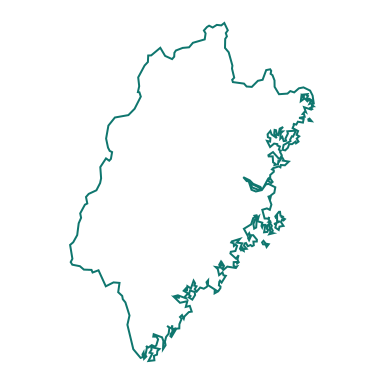 the Province of Fujian
{"feature_id": "CHN-1178", "entity_name": "Fujian", "entity_type": "Province", "adm_level": 1, "iso_a3": "CHN", "parent_name": "China", "parent_adm1": "", "projection": "equal_earth", "projection_center": [118.681, 25.949], "detail": "fine", "context": "isolated", "style": "outline", "palette": "teal", "viewbox_px": 384, "rotation_deg": 0, "n_neighbors": 0, "source": "natural_earth", "source_scale": "10m", "svg_char_len": 6045}
<svg xmlns="http://www.w3.org/2000/svg" viewBox="0 0 384 384"><path d="M312.6,95.6L313.9,104.3L311.1,99.9L309.5,98.9L306.6,98.9L308.0,96.0L306.9,95.5L307.6,94.1L303.0,94.6L304.0,96.0L303.1,97.6L301.5,95.5L300.8,101.2L304.7,98.4L307.4,101.3L309.5,99.4L310.5,101.7L309.5,103.8L310.7,103.3L313.5,106.2L311.0,106.2L312.8,106.7L310.6,107.7L312.1,109.1L311.2,109.6L304.1,107.2L305.9,112.1L304.9,111.4L302.7,114.0L304.0,114.2L304.7,116.8L299.1,117.9L303.7,119.0L302.9,122.6L297.9,121.7L296.3,124.6L293.0,123.7L294.2,124.4L292.6,128.1L298.1,131.0L296.6,134.8L299.2,136.3L296.7,138.6L298.5,141.6L296.1,143.3L295.6,141.6L292.1,144.1L289.2,144.1L287.9,147.7L285.2,150.4L282.6,149.8L283.6,145.0L290.5,141.1L290.1,139.7L291.9,136.3L293.0,136.6L295.4,131.8L294.9,130.7L287.3,131.3L287.9,133.6L285.4,138.7L286.1,140.7L284.9,141.0L283.7,141.1L282.3,136.8L280.3,138.7L280.8,133.1L282.8,131.4L280.3,131.4L280.5,129.6L283.1,127.0L279.7,128.7L278.4,135.2L277.0,134.8L276.0,130.2L274.6,129.9L274.2,133.4L276.7,138.0L271.5,134.3L270.4,131.0L267.6,134.3L267.9,137.2L270.4,138.2L270.1,141.6L267.0,140.9L270.1,147.0L274.1,143.6L277.3,144.1L277.4,145.5L279.9,146.5L278.9,149.6L280.7,150.9L280.0,151.9L281.8,155.3L280.3,158.2L278.8,158.6L273.0,152.1L268.4,155.2L268.7,156.4L272.7,156.4L273.1,162.3L274.9,163.5L274.5,165.0L278.0,164.2L278.4,161.1L279.2,161.6L282.1,157.2L283.5,159.6L282.9,160.6L288.8,161.6L284.9,165.3L280.9,165.0L280.4,167.3L278.9,166.4L273.1,168.2L272.0,169.4L273.8,170.3L273.8,171.8L270.2,175.0L270.2,177.2L268.2,178.6L262.7,188.8L261.5,188.8L260.4,186.9L253.1,183.8L249.8,180.4L243.3,177.2L246.7,181.1L248.7,181.3L251.5,189.8L255.9,191.5L261.8,190.1L265.9,184.4L268.5,183.9L275.3,187.3L274.3,192.8L271.1,195.2L270.3,198.6L269.4,196.3L268.5,196.6L271.4,204.6L269.8,209.8L266.9,208.4L262.3,209.8L264.6,218.5L268.1,218.6L269.2,217.1L268.7,219.7L270.0,221.0L268.6,222.0L270.3,222.5L268.9,224.0L270.5,223.7L271.8,225.9L271.1,227.5L272.8,230.8L271.5,232.7L273.3,233.2L269.3,234.2L270.4,232.3L269.1,225.4L267.1,225.9L267.0,228.9L268.1,229.9L267.4,231.9L264.1,232.3L265.4,224.9L263.2,224.9L262.2,227.5L261.5,226.0L262.3,222.7L257.4,221.2L258.7,216.6L257.6,217.6L256.6,215.3L254.6,215.7L255.5,216.9L253.2,218.1L251.1,224.4L243.9,228.8L247.6,235.6L249.2,233.2L250.3,236.2L248.1,238.1L249.1,240.2L251.4,235.2L253.2,235.2L256.9,239.7L256.8,241.5L253.4,241.6L253.8,245.3L252.0,246.2L250.6,245.0L247.8,246.2L246.0,243.0L244.6,243.5L244.0,245.7L246.6,248.8L243.4,249.1L243.7,250.9L241.9,249.9L242.6,247.9L241.9,247.2L240.8,249.9L240.0,248.8L242.1,243.3L236.8,242.6L239.9,238.9L231.8,241.4L231.2,242.5L233.7,243.3L233.9,246.0L235.7,244.7L237.1,245.8L235.4,251.0L230.8,251.8L230.4,253.5L236.0,258.6L238.6,255.2L237.5,259.1L238.3,262.1L239.4,261.6L237.2,263.5L236.5,262.0L233.7,262.1L233.6,265.4L234.9,266.9L237.0,266.4L235.9,268.0L227.3,266.6L223.3,270.0L222.3,268.8L224.0,265.9L222.2,263.0L221.8,266.2L220.7,262.1L219.2,264.8L220.9,267.7L215.6,267.0L217.8,269.1L219.1,275.1L222.5,272.4L223.5,275.3L225.8,275.8L221.6,282.6L220.0,280.7L219.3,281.8L218.9,285.4L220.5,286.5L220.4,288.1L218.2,291.3L214.6,293.3L214.7,290.7L215.9,290.2L207.9,285.1L208.1,280.3L206.5,282.2L207.6,285.6L206.7,286.9L203.8,288.7L200.2,287.5L196.7,291.6L194.7,289.1L196.5,286.3L194.3,285.6L195.1,283.3L193.6,280.7L190.9,288.5L187.4,286.1L187.0,290.2L185.2,290.1L185.5,288.8L183.7,290.8L188.1,293.4L185.0,296.6L186.2,298.4L177.9,295.3L175.7,295.9L179.7,297.9L173.9,296.9L180.0,302.8L187.3,301.2L185.8,306.9L189.8,305.9L191.7,311.6L188.8,312.1L184.4,316.5L183.8,318.7L182.0,315.1L180.0,317.0L181.6,318.8L179.4,324.2L179.3,328.4L176.3,328.7L171.4,337.0L170.4,336.2L170.9,333.9L174.1,328.8L172.2,329.3L172.3,325.3L171.6,327.7L170.2,328.0L167.1,325.9L169.4,327.8L168.6,333.7L166.1,336.9L164.9,341.8L165.6,345.2L163.0,349.2L163.4,341.0L162.0,337.3L153.7,334.2L153.3,336.6L156.5,336.7L158.1,339.4L156.2,345.6L154.6,346.5L151.8,345.1L148.4,347.5L146.2,346.0L147.0,347.4L145.4,355.1L146.3,356.5L144.1,358.7L143.6,352.4L142.5,354.4L143.0,357.0L140.6,357.9L133.3,349.2L127.4,324.8L129.5,315.5L125.4,302.4L122.8,299.2L122.2,295.9L118.2,292.2L119.5,282.9L113.5,282.4L105.8,286.3L98.5,270.3L92.6,272.5L91.5,269.9L83.9,269.6L79.9,266.2L72.3,264.7L70.7,262.1L72.4,258.8L70.1,244.9L73.2,242.3L77.2,235.1L78.7,223.3L81.1,217.8L80.2,213.4L84.9,204.7L87.3,203.5L86.0,197.0L88.7,193.9L96.4,190.3L100.1,183.1L101.1,178.3L100.3,167.1L106.0,158.4L109.2,160.7L110.9,158.9L112.1,152.1L109.7,150.9L108.0,147.6L106.1,138.6L108.4,125.6L114.9,117.5L128.4,115.1L134.6,108.8L140.8,96.6L139.4,92.3L137.9,92.1L139.2,86.2L138.2,77.4L144.6,65.5L147.9,62.0L148.2,55.5L151.2,55.4L160.3,47.8L165.1,55.9L172.1,59.1L174.2,56.7L174.4,52.8L175.9,50.5L182.7,47.9L189.1,47.3L192.9,42.8L204.7,39.4L205.6,33.4L203.9,30.5L207.0,27.0L209.1,25.7L212.7,27.5L216.8,24.9L221.3,25.4L224.3,23.0L227.8,30.3L225.8,33.1L226.9,36.4L225.2,38.9L225.0,47.9L228.7,52.3L232.4,65.6L232.0,68.6L234.2,77.7L232.2,79.8L232.9,82.1L244.0,83.6L246.6,86.5L251.8,86.9L257.9,80.8L262.6,79.8L266.2,70.1L270.2,69.3L271.2,70.9L270.6,73.8L272.5,75.2L274.5,80.4L274.6,86.8L279.0,94.2L287.5,93.6L290.3,91.1L294.2,92.4L298.9,88.3L303.5,87.4L310.1,90.6L312.6,95.6ZM283.5,220.5L282.0,219.9L280.9,222.0L283.5,225.9L279.5,226.6L278.7,229.9L275.3,227.6L276.2,224.0L274.0,224.0L279.8,221.5L277.1,221.3L277.1,216.6L275.8,217.6L275.3,216.4L279.0,211.8L280.0,211.8L280.5,215.7L282.7,216.6L281.9,217.4L284.9,219.1L283.5,220.5ZM151.3,347.1L159.5,349.0L157.3,351.1L157.0,354.6L153.9,355.8L154.4,360.3L148.5,361.0L152.4,353.4L149.6,352.7L151.5,349.8L151.3,347.1ZM190.0,290.5L194.7,292.0L195.1,295.0L192.3,299.6L188.8,297.4L190.5,296.0L188.9,294.7L190.0,290.5ZM252.0,184.1L259.7,187.8L259.9,189.1L258.6,189.9L252.1,187.4L249.5,180.5L252.0,184.1ZM256.8,218.4L256.2,227.5L254.2,228.6L253.4,224.3L254.8,219.8L256.8,218.4ZM265.7,243.6L268.7,244.2L266.6,247.0L265.7,244.6L263.0,244.3L262.1,242.4L263.5,240.8L265.7,243.6ZM270.2,178.4L272.6,181.9L271.3,183.0L267.8,180.7L270.2,178.4ZM308.6,120.8L308.3,119.3L309.5,118.6L311.7,121.2L308.6,120.8Z" fill="none" stroke="#0f766e" stroke-width="2"/></svg>